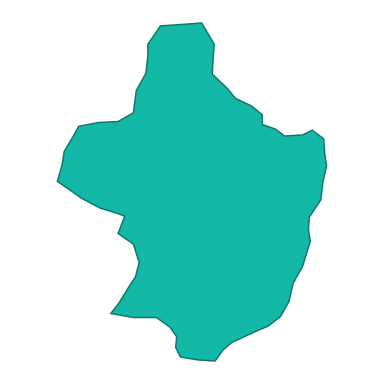 Fyllia, Cyprus (Mercator projection)
{"feature_id": "46923920B75200378291295", "entity_name": "Fyllia", "entity_type": "district", "adm_level": 2, "iso_a3": "CYP", "parent_name": "Cyprus", "parent_adm1": "", "projection": "mercator", "projection_center": [33.104, 35.192], "detail": "fine", "context": "isolated", "style": "filled", "palette": "teal", "viewbox_px": 384, "rotation_deg": 0, "n_neighbors": 0, "source": "geoboundaries", "source_scale": "gbopen_adm2", "svg_char_len": 916}
<svg xmlns="http://www.w3.org/2000/svg" viewBox="0 0 384 384"><path d="M110.8,313.5L133.4,317.5L145.0,317.5L156.5,317.5L170.0,327.2L176.7,336.8L175.7,347.4L180.5,357.1L198.8,360.0L215.1,361.0L222.8,350.3L231.5,342.6L245.9,335.9L256.5,331.0L268.0,326.2L280.5,316.5L289.1,301.1L293.0,283.7L302.6,266.3L310.3,241.2L308.4,229.7L309.3,217.1L315.1,208.4L320.9,199.7L322.8,182.3L326.6,165.9L324.7,153.4L323.7,138.9L312.2,130.2L302.6,135.0L284.3,136.0L275.7,129.2L262.2,124.4L262.2,114.8L251.7,106.1L235.3,98.3L227.6,88.7L212.3,74.2L213.2,56.8L214.2,44.3L201.7,23.0L188.2,24.0L160.4,25.9L147.9,44.3L147.9,55.9L145.9,73.2L136.3,90.6L133.4,112.8L118.1,121.5L98.8,122.5L78.7,126.3L72.9,137.0L64.2,151.4L62.3,164.0L57.4,181.4L67.1,188.1L82.5,198.8L100.8,208.4L114.2,212.3L124.8,216.1L118.1,233.5L133.4,244.1L139.2,262.5L135.4,277.0L129.6,285.7L119.0,303.0L110.8,313.5Z" fill="#14b8a6" stroke="#0f766e" stroke-width="1.5"/></svg>